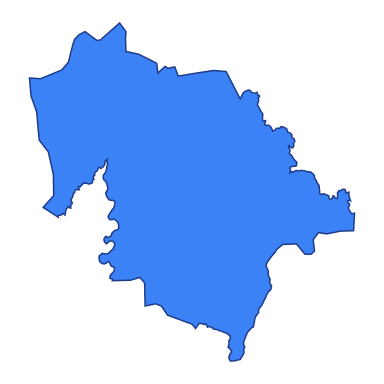 Dioila, Koulikoro, Mali (Natural Earth projection)
{"feature_id": "8926073B3838133103629", "entity_name": "Dioila", "entity_type": "district", "adm_level": 2, "iso_a3": "MLI", "parent_name": "Mali", "parent_adm1": "Koulikoro", "projection": "natural_earth1", "projection_center": [-6.702, 12.317], "detail": "fine", "context": "isolated", "style": "filled", "palette": "blue", "viewbox_px": 384, "rotation_deg": 0, "n_neighbors": 0, "source": "geoboundaries", "source_scale": "gbopen_adm2", "svg_char_len": 5425}
<svg xmlns="http://www.w3.org/2000/svg" viewBox="0 0 384 384"><path d="M256.9,92.3L255.7,93.0L253.8,93.2L252.0,92.5L250.1,90.6L249.2,90.0L247.4,90.4L245.1,91.3L243.2,92.8L242.3,94.5L241.6,96.1L240.2,98.9L240.0,98.6L226.1,71.5L213.7,70.5L198.3,72.8L178.2,76.1L174.8,66.9L167.8,68.3L165.4,66.4L162.1,69.0L157.9,73.1L156.7,63.4L152.3,61.0L138.6,54.2L127.7,51.8L126.0,51.6L125.5,38.3L126.0,31.7L119.6,23.0L101.9,38.6L100.9,39.9L97.0,40.5L85.0,31.6L79.5,34.4L75.0,38.8L73.0,43.9L68.5,62.1L61.7,70.0L40.6,78.7L29.5,78.0L31.0,95.9L33.7,103.4L36.7,112.1L38.0,127.0L38.0,127.5L39.2,140.1L48.3,151.8L53.4,174.5L53.7,195.6L43.1,207.4L57.0,216.4L58.2,217.2L58.0,215.8L59.2,215.4L61.4,215.0L62.8,213.4L63.7,214.1L65.0,215.1L65.2,213.7L65.7,212.0L65.8,210.5L65.9,209.8L66.3,209.2L67.8,207.2L68.2,206.6L68.6,206.6L69.0,207.1L69.6,207.8L70.8,208.1L70.8,207.1L70.5,205.5L71.1,204.9L71.5,204.5L72.3,203.1L71.6,201.8L71.2,201.0L71.1,200.4L71.1,199.7L72.7,196.7L73.3,193.5L74.6,192.8L74.7,191.5L75.1,190.3L75.9,189.5L78.8,189.9L79.4,189.5L78.4,187.8L78.5,186.4L80.0,187.0L81.2,185.5L82.7,184.2L83.1,183.2L86.8,183.3L88.8,184.1L91.2,183.4L92.4,182.7L92.6,180.3L94.0,179.3L93.1,177.9L93.7,175.8L94.6,175.5L94.7,173.4L95.3,172.0L97.3,170.8L98.4,167.7L99.0,167.5L99.5,167.3L100.0,167.8L100.6,168.5L102.6,167.4L104.9,164.4L104.7,162.3L105.4,160.5L106.9,159.8L107.4,159.5L106.8,161.4L106.8,161.7L106.8,161.9L107.8,164.4L106.8,166.3L106.5,169.5L105.4,172.7L103.4,175.1L103.2,176.4L103.4,178.9L103.4,179.1L103.6,179.4L106.2,182.1L107.1,185.0L107.2,185.7L107.4,186.7L108.1,188.2L107.4,190.4L106.7,190.9L105.7,192.9L106.6,196.4L108.9,199.7L111.0,200.4L112.9,200.1L114.8,201.6L115.0,203.6L113.6,208.2L112.3,209.5L108.8,215.0L108.3,216.2L108.3,217.8L109.6,219.2L110.2,219.8L111.9,219.5L114.3,219.4L115.2,219.7L117.6,222.0L118.5,224.3L118.7,228.4L117.5,229.8L114.6,230.5L112.1,232.9L110.9,236.2L109.2,236.9L106.6,237.4L106.1,236.3L105.2,237.0L104.3,238.2L103.9,239.9L104.7,242.1L105.7,243.1L106.4,243.8L109.8,241.1L110.9,241.1L112.0,241.0L113.5,242.0L114.9,243.9L114.3,245.9L113.0,248.9L112.1,249.7L109.8,251.9L108.5,253.1L107.0,254.0L103.9,253.7L101.9,253.3L101.3,254.5L99.4,255.5L98.9,257.2L99.6,261.5L101.2,262.9L102.5,263.7L104.4,263.9L106.4,263.0L107.8,261.6L108.9,261.7L111.2,266.1L112.9,266.9L114.3,267.2L114.5,267.7L114.2,270.6L113.0,272.6L111.5,273.9L110.1,275.8L109.9,277.3L110.1,278.5L111.1,278.8L112.0,278.8L112.9,279.8L112.8,280.1L112.4,280.7L130.6,280.2L139.8,277.4L144.6,282.9L145.1,306.0L155.7,303.8L161.3,306.0L167.6,315.2L191.8,324.1L193.3,325.7L195.6,328.5L198.8,323.9L199.6,323.3L201.5,323.6L202.1,323.7L202.5,323.8L203.9,324.2L204.2,324.5L204.5,324.7L205.0,324.2L205.8,323.8L206.5,324.4L206.8,325.4L207.2,326.7L207.4,327.2L208.4,326.8L209.3,326.4L211.7,327.6L212.2,327.8L212.9,328.1L213.5,328.9L213.5,329.0L213.8,329.1L216.1,329.5L217.7,329.7L219.7,331.0L221.4,330.9L223.7,332.3L226.6,333.1L230.0,336.0L230.4,337.9L230.0,339.3L229.1,340.3L228.8,341.5L229.1,343.9L228.1,347.2L229.8,348.7L230.9,350.2L231.5,351.2L231.3,352.4L230.3,353.4L229.5,355.4L228.8,357.3L229.2,359.0L230.3,361.0L232.9,360.9L235.2,360.8L236.7,360.2L240.2,359.5L243.3,354.4L244.0,352.5L243.7,349.7L244.7,347.0L244.7,346.8L244.1,345.6L243.8,345.0L243.5,343.2L243.8,341.9L244.3,340.1L247.4,332.4L251.9,327.5L253.3,327.0L254.4,321.9L254.7,318.9L256.0,316.0L258.7,312.4L258.5,311.0L258.9,308.9L259.6,307.9L261.6,305.6L262.4,303.8L263.2,302.4L264.5,299.5L265.7,297.7L266.4,295.1L267.3,293.7L268.0,292.5L268.1,292.3L270.8,289.5L271.6,285.9L270.0,283.6L269.6,281.5L270.2,279.6L269.5,278.1L268.2,274.7L268.4,271.4L266.6,267.4L266.1,265.2L267.0,262.6L268.2,260.9L271.3,256.6L274.3,253.2L274.3,252.8L274.7,252.6L275.2,252.4L276.4,249.7L282.9,244.4L296.5,243.9L304.8,254.1L311.0,254.3L314.5,251.1L313.2,239.7L318.4,232.6L326.7,233.9L340.5,231.1L353.6,230.7L354.5,213.2L352.7,213.6L351.1,213.3L348.8,209.1L348.2,207.8L349.3,205.8L349.6,203.9L348.2,202.9L347.7,201.8L347.6,200.8L348.9,200.5L350.6,200.9L349.8,198.5L348.9,195.3L349.0,192.2L347.5,192.5L345.8,192.8L345.8,192.3L345.6,191.0L344.9,189.4L342.9,189.2L340.7,190.5L339.0,190.6L337.4,193.0L337.6,195.0L337.6,195.7L337.5,197.3L337.5,198.1L336.6,198.5L335.7,198.1L334.5,197.3L333.9,195.9L333.1,195.8L332.8,196.8L332.3,197.9L331.6,199.1L330.7,199.1L329.7,199.1L328.9,197.9L328.7,195.8L326.9,195.0L325.1,194.4L323.1,193.7L321.6,194.5L320.2,194.0L319.5,192.4L319.7,190.7L319.2,188.2L319.2,187.6L319.3,186.1L316.9,182.2L315.9,179.8L314.6,178.4L314.4,175.5L313.1,173.9L310.5,171.9L306.8,171.6L304.0,170.7L300.3,170.4L298.4,171.2L296.7,170.4L295.0,171.0L293.1,172.2L291.7,171.7L289.9,172.8L290.6,170.6L290.0,167.5L291.5,166.5L294.5,166.3L296.2,166.0L296.5,164.5L296.9,162.5L294.0,159.3L291.0,154.7L290.1,154.5L289.8,154.0L289.3,153.3L289.6,152.4L290.1,150.5L288.7,147.0L288.4,146.2L289.1,145.5L290.0,146.8L291.7,147.8L292.7,147.9L293.9,145.7L293.5,143.4L294.9,141.0L294.0,138.6L292.0,137.8L291.8,134.7L291.5,134.3L289.7,132.7L287.4,131.9L287.0,129.3L285.7,128.2L283.6,127.1L280.8,126.7L279.7,128.3L276.6,128.3L275.1,129.8L272.7,131.2L271.4,127.7L269.4,125.6L268.2,125.2L266.0,125.2L265.1,124.6L264.6,124.2L265.0,123.1L265.4,122.1L265.6,120.7L265.0,120.5L264.2,121.0L262.9,121.0L262.6,119.8L262.5,118.4L262.8,114.1L261.0,111.5L258.2,106.2L257.4,104.7L258.7,100.4L258.2,98.2L259.0,97.2L259.6,96.3L258.9,95.2L258.5,95.3L258.0,95.5L257.5,94.1L257.2,93.2L257.0,92.6L256.9,92.3Z" fill="#3b82f6" stroke="#1e3a8a" stroke-width="1.5"/></svg>